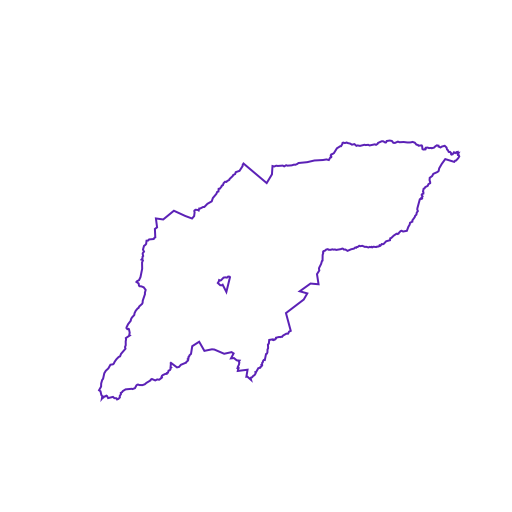 Makoni, Manicaland, Zimbabwe (Robinson projection), rotated 39°
{"feature_id": "62879985B27116987268551", "entity_name": "Makoni", "entity_type": "district", "adm_level": 2, "iso_a3": "ZWE", "parent_name": "Zimbabwe", "parent_adm1": "Manicaland", "projection": "robinson", "projection_center": [32.274, -18.385], "detail": "fine", "context": "isolated", "style": "outline", "palette": "violet", "viewbox_px": 512, "rotation_deg": 39, "n_neighbors": 0, "source": "geoboundaries", "source_scale": "gbopen_adm2", "svg_char_len": 6080}
<svg xmlns="http://www.w3.org/2000/svg" viewBox="0 0 512 512"><g transform="rotate(39 256 256)"><path d="M226.0,463.8L226.0,462.9L226.5,462.2L226.4,460.7L227.0,460.4L227.6,458.7L228.4,458.6L230.5,459.5L233.5,455.5L235.4,455.6L237.1,454.4L238.3,454.9L239.0,453.6L239.2,451.6L238.2,450.5L238.0,448.4L237.1,447.5L237.6,446.1L237.5,444.8L238.6,441.7L243.0,437.4L243.8,437.1L245.1,434.9L244.5,431.8L244.8,430.6L245.3,430.1L246.6,429.7L249.0,427.8L250.3,425.7L250.7,423.5L252.3,419.1L252.0,418.3L252.5,417.1L256.0,416.1L256.9,414.1L258.6,413.1L259.4,409.9L259.3,409.5L258.7,409.5L258.3,408.3L258.6,407.0L259.8,404.6L260.8,403.8L260.4,403.0L261.0,402.1L260.2,400.1L260.9,398.9L260.7,397.6L260.1,397.0L260.2,396.1L259.6,396.2L257.7,393.4L256.9,392.7L256.2,392.6L264.7,392.3L266.0,390.6L266.1,387.8L268.8,382.8L268.5,381.8L268.9,380.8L268.8,379.7L268.5,379.1L267.8,379.0L267.9,378.0L267.1,377.1L267.3,376.1L266.8,375.2L267.1,373.0L263.2,366.2L265.8,358.4L275.6,362.2L280.5,356.2L282.5,354.9L292.8,352.0L297.5,346.1L299.9,345.8L301.0,351.3L303.1,349.2L306.7,349.2L309.0,347.7L309.1,348.9L310.1,349.3L311.1,351.2L311.7,353.7L312.8,353.9L312.4,354.9L313.3,355.0L314.2,356.8L321.0,349.7L324.5,355.9L325.2,355.2L330.1,355.4L328.7,354.4L328.6,353.7L329.3,352.7L329.3,350.9L329.8,349.6L329.6,347.5L328.6,346.6L329.1,346.1L328.4,341.7L329.6,340.2L329.2,339.3L329.7,338.5L329.5,337.1L328.7,337.1L328.8,336.2L328.0,335.0L328.1,334.2L327.5,332.9L327.5,331.8L328.3,331.3L325.5,325.9L325.9,325.0L325.5,323.7L323.7,321.3L323.6,320.4L323.0,319.5L321.0,317.3L321.1,316.0L319.1,312.9L321.5,310.2L322.0,310.6L322.5,310.4L323.3,309.0L323.2,308.1L323.5,307.6L323.0,306.9L324.9,304.4L326.0,303.7L326.4,302.9L327.1,302.5L327.1,300.8L328.5,297.2L329.8,296.2L329.3,294.0L330.1,292.3L315.2,281.5L320.5,259.8L319.4,252.8L312.2,255.9L315.7,243.1L322.4,238.6L314.8,231.7L314.3,227.4L312.9,226.2L312.5,225.4L311.6,221.2L310.4,218.4L310.6,217.7L307.1,213.2L306.3,211.2L305.6,210.8L305.4,209.7L306.2,208.6L306.5,206.8L307.5,205.5L308.6,205.4L310.2,204.1L311.1,202.8L312.2,202.3L313.3,201.2L314.5,200.8L317.6,197.3L318.4,195.9L319.1,195.6L320.2,195.7L321.4,194.7L323.9,194.4L325.7,190.9L327.5,188.6L327.8,186.9L328.7,186.5L328.7,185.6L329.3,185.1L329.8,183.1L330.8,182.8L332.2,181.2L334.9,180.4L335.8,179.5L338.0,178.6L338.7,177.3L339.9,176.8L340.1,176.1L341.0,176.0L341.4,174.9L343.8,173.4L344.2,172.4L344.8,172.1L345.6,170.8L345.3,169.9L346.2,169.7L346.2,167.6L347.2,167.0L347.6,166.3L347.9,162.6L350.2,159.4L349.2,157.8L349.8,156.8L350.2,153.5L351.2,150.3L351.5,149.9L352.1,149.9L352.7,149.0L352.5,148.0L352.7,145.7L353.2,144.8L354.9,144.4L357.4,141.5L356.0,137.3L355.7,135.0L354.8,133.2L355.9,130.9L355.1,129.9L354.9,125.9L354.4,124.7L354.6,122.9L353.6,121.1L353.5,119.2L352.1,118.4L351.4,117.4L347.6,108.8L348.9,107.1L348.8,106.6L347.9,106.7L347.9,104.8L346.3,104.3L346.2,103.1L346.8,102.2L345.9,101.0L345.2,100.8L343.9,98.2L344.4,97.4L344.2,95.9L345.3,93.5L344.8,91.6L345.5,89.8L344.9,89.0L343.1,87.8L341.8,85.9L342.6,83.0L342.1,80.6L344.2,76.4L344.4,74.9L343.2,72.6L342.4,67.5L342.1,61.6L350.8,58.1L350.8,56.6L351.4,55.9L351.6,52.8L351.3,50.7L350.1,50.0L349.4,50.4L348.8,49.6L348.6,48.4L347.8,49.3L347.2,48.2L346.5,49.0L346.0,50.7L344.6,50.8L344.8,53.2L344.1,54.2L343.7,54.2L342.7,53.2L341.3,53.0L340.7,53.7L340.1,53.8L338.6,53.0L337.4,53.0L335.8,51.8L333.3,51.6L331.5,54.1L331.1,55.5L329.0,56.1L328.4,55.4L326.9,56.2L326.3,58.1L326.2,59.6L325.4,60.8L324.7,61.7L324.1,61.8L322.5,63.3L321.2,63.7L319.8,65.0L319.9,66.0L320.5,66.1L320.6,66.5L319.0,68.0L318.0,68.1L315.9,66.0L315.1,65.8L312.9,68.0L311.9,67.8L310.6,68.5L308.1,68.0L305.9,68.8L304.6,70.5L302.2,72.5L299.0,74.5L295.9,77.3L294.3,77.8L292.8,80.7L291.5,81.6L289.2,81.1L287.3,82.1L285.2,84.4L285.6,85.8L285.0,86.5L282.7,86.8L281.5,87.7L279.7,91.3L279.9,92.4L279.3,94.1L278.1,94.4L274.7,98.6L273.2,99.0L271.4,100.8L270.3,101.3L267.5,105.0L265.4,106.1L264.7,107.2L262.1,107.1L260.5,109.1L258.4,109.4L255.8,110.7L255.1,110.7L254.0,112.3L252.4,113.0L252.1,113.7L252.6,114.6L253.0,117.1L252.4,117.6L251.1,121.4L251.8,127.0L251.2,128.8L250.6,129.5L250.7,130.7L252.2,131.5L252.3,132.0L251.7,132.6L252.2,135.6L250.0,136.6L247.6,139.3L241.3,145.0L236.7,150.9L230.5,157.0L230.1,158.6L229.1,160.4L228.1,161.0L226.7,163.1L223.6,166.0L222.3,166.5L221.5,168.6L219.9,168.9L216.3,172.3L214.9,173.1L213.8,175.0L212.2,175.7L217.0,182.5L218.4,192.6L188.1,192.0L188.3,193.6L189.0,194.5L189.6,200.2L187.5,203.6L188.2,205.4L187.3,207.6L187.6,208.4L187.0,212.7L187.3,213.7L186.4,216.0L186.4,217.0L185.2,217.8L185.0,219.8L185.7,221.8L185.1,222.9L185.5,223.6L185.5,226.5L184.7,227.3L186.2,229.5L185.5,230.7L186.1,232.6L186.0,238.1L187.2,241.4L185.4,246.0L185.0,250.4L184.0,251.3L182.7,254.3L182.0,254.8L182.8,256.7L181.9,256.8L179.9,258.1L179.6,259.3L179.7,259.9L180.8,260.7L182.8,263.9L182.7,267.1L175.9,269.4L163.7,272.5L160.9,286.0L154.6,289.8L161.1,296.0L160.4,298.6L166.0,304.9L165.6,305.7L165.8,307.2L162.5,310.4L162.4,311.9L161.3,313.0L163.0,315.7L163.0,317.1L162.6,318.6L164.1,322.1L166.2,323.1L166.2,324.9L166.5,325.6L168.3,327.0L168.3,328.0L169.3,329.3L169.3,330.8L170.3,330.4L170.9,330.6L171.5,332.7L175.6,337.6L179.5,345.1L180.3,348.4L179.4,350.5L179.4,351.4L182.1,351.2L183.6,352.6L184.5,352.8L185.9,351.8L188.4,351.0L191.6,351.8L192.8,354.5L193.7,355.5L196.1,362.0L197.3,363.7L197.6,364.9L197.0,368.7L197.4,370.4L197.0,371.2L197.0,374.3L197.6,376.9L198.5,378.4L198.3,382.0L198.7,384.0L199.4,385.1L199.5,389.5L200.3,393.0L200.8,393.6L202.1,393.8L202.8,392.8L203.3,392.8L206.1,395.1L207.3,397.3L207.9,397.2L206.5,401.7L207.5,402.6L208.5,404.4L210.9,407.3L211.5,409.2L212.9,410.2L212.7,417.0L213.5,419.5L212.8,420.9L212.5,424.1L212.7,427.1L213.2,429.2L213.0,430.2L211.3,432.1L212.0,436.3L211.5,439.7L211.9,442.6L214.4,447.6L214.5,449.2L215.9,452.5L217.8,455.0L218.5,459.1L220.3,459.0L223.2,461.3L224.8,461.7L226.0,463.8ZM247.0,291.1L247.3,289.5L248.5,288.7L249.1,288.8L255.6,302.6L248.2,299.3L248.0,300.2L246.6,301.2L243.3,301.0L243.1,299.2L242.5,297.9L243.6,297.6L244.1,296.8L244.4,293.2L245.6,291.9L247.0,291.1Z" fill="none" stroke="#5b21b6" stroke-width="2"/></g></svg>